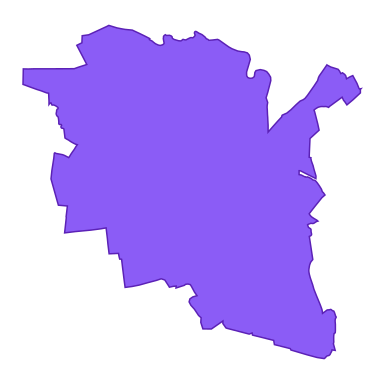 Satu Mare, Suceava, Romania (orthographic projection)
{"feature_id": "2599482B42040302746939", "entity_name": "Satu Mare", "entity_type": "district", "adm_level": 2, "iso_a3": "ROU", "parent_name": "Romania", "parent_adm1": "Suceava", "projection": "orthographic", "projection_center": [26.012, 47.829], "detail": "fine", "context": "isolated", "style": "filled", "palette": "violet", "viewbox_px": 384, "rotation_deg": 0, "n_neighbors": 0, "source": "geoboundaries", "source_scale": "gbopen_adm2", "svg_char_len": 5602}
<svg xmlns="http://www.w3.org/2000/svg" viewBox="0 0 384 384"><path d="M324.2,358.6L325.5,357.6L326.3,356.5L327.4,355.8L328.9,355.5L330.0,354.6L330.8,352.9L331.6,351.5L332.0,349.9L335.2,350.4L333.5,344.1L333.4,343.6L333.6,343.1L333.8,341.9L333.7,339.8L333.7,336.8L333.8,335.2L334.1,333.5L335.2,332.8L335.3,332.1L335.4,330.4L335.4,328.0L335.4,324.5L335.1,320.9L335.3,319.0L336.2,317.2L336.0,316.6L335.7,316.4L335.4,315.3L334.4,312.3L333.7,311.0L332.7,310.8L332.0,310.3L331.3,309.7L330.8,309.4L329.9,309.6L329.0,309.9L328.0,309.8L326.9,310.1L325.4,311.3L322.5,313.4L322.4,312.6L322.4,312.3L322.3,311.3L322.0,309.7L321.5,308.2L320.5,305.5L319.5,303.0L316.5,295.8L313.9,289.2L312.7,284.9L310.3,277.9L309.3,274.2L309.0,272.5L308.8,270.9L308.9,269.3L309.1,268.0L309.3,266.7L309.7,264.7L310.1,263.8L310.4,262.8L311.1,261.6L312.7,259.7L312.8,259.4L312.7,258.8L311.9,253.6L311.1,248.3L309.3,236.4L310.7,235.8L311.5,234.9L311.6,234.1L311.1,231.8L311.0,229.5L310.7,228.9L310.2,228.5L309.5,228.1L308.4,227.3L308.0,226.0L307.5,224.9L307.7,224.6L308.5,224.2L308.8,224.1L309.9,223.7L310.5,223.4L311.0,223.3L312.3,223.5L313.0,223.5L313.8,223.3L315.5,222.2L316.6,221.5L317.9,221.1L316.9,220.2L313.7,218.3L311.5,216.8L311.0,216.3L309.6,214.6L309.2,213.7L314.5,206.9L321.9,197.7L325.0,195.0L323.4,192.7L322.4,191.8L322.0,190.8L321.5,189.3L319.6,186.2L317.3,182.9L315.6,180.9L314.6,180.3L313.4,180.1L312.8,179.9L312.3,179.4L310.7,178.3L307.6,176.9L307.1,177.1L306.2,177.1L305.6,176.8L305.3,177.0L304.0,176.4L301.3,175.0L299.1,174.6L299.1,170.7L299.4,170.7L299.9,170.7L300.6,170.9L305.1,173.2L315.9,178.6L316.0,176.1L315.3,173.7L314.3,170.4L313.7,168.2L313.1,165.7L312.3,163.5L311.4,161.0L310.8,158.1L310.9,157.7L309.2,157.3L309.2,156.6L310.0,138.5L319.1,130.2L317.8,124.1L314.7,111.9L314.0,110.1L314.4,109.7L315.7,108.7L318.0,107.3L320.1,106.7L321.9,106.5L323.5,106.6L325.8,106.5L327.3,106.8L328.5,107.4L328.9,107.1L329.4,106.5L342.1,97.2L343.6,100.4L344.6,101.5L346.9,104.9L353.1,99.7L360.4,92.9L360.4,89.4L361.0,88.7L359.5,89.0L358.9,88.2L357.0,83.4L352.8,75.6L350.0,76.8L346.5,78.8L345.8,75.9L344.7,74.4L342.5,72.8L340.8,73.6L339.6,71.2L338.1,69.3L336.6,68.8L330.8,67.0L327.0,65.0L326.9,64.9L322.1,71.9L319.4,75.7L318.5,77.5L317.6,80.6L313.9,86.2L307.5,95.3L305.0,98.4L303.2,99.7L300.1,101.1L296.2,104.6L290.8,109.9L289.9,110.6L286.7,113.2L285.2,113.8L283.7,114.5L282.3,115.1L281.8,116.0L281.7,116.9L277.6,121.3L272.8,126.7L268.1,132.1L268.1,129.4L268.1,125.2L267.8,119.7L267.7,117.2L267.5,114.7L267.3,109.9L267.1,107.3L267.2,105.3L267.7,102.5L266.1,97.8L267.8,92.2L269.3,86.4L270.8,80.6L270.6,77.2L268.7,74.0L266.7,71.6L264.1,70.4L260.2,69.6L256.0,70.6L254.9,72.4L254.3,76.6L252.4,78.1L249.9,78.3L247.9,77.6L246.8,76.1L246.6,74.3L246.6,72.0L247.3,69.6L248.6,65.3L250.3,59.4L249.3,55.1L247.4,52.9L244.1,51.9L241.8,51.7L237.7,51.0L232.1,48.8L228.7,46.9L223.9,43.5L219.1,40.1L217.6,39.4L212.7,40.0L208.9,40.3L208.7,40.1L207.8,39.3L206.7,38.9L206.3,38.7L206.0,38.3L205.2,37.2L204.5,36.6L202.9,35.3L202.0,34.6L200.1,33.7L199.1,33.3L196.4,31.6L195.6,31.4L195.0,31.6L194.5,32.4L194.4,33.2L194.8,34.2L195.1,35.1L194.7,36.1L194.1,36.7L193.3,37.5L192.7,37.8L191.8,37.6L191.2,37.6L190.7,37.6L189.9,37.9L188.6,38.5L185.9,39.9L184.5,39.8L183.3,39.4L182.9,39.4L182.6,39.6L182.0,40.2L180.9,40.9L178.8,40.8L176.7,40.2L174.0,39.4L172.5,38.4L172.2,37.6L172.0,36.6L171.0,35.8L169.5,35.3L167.4,35.4L166.4,35.4L165.9,35.1L165.3,34.7L164.0,35.7L163.5,36.5L163.5,37.3L163.3,38.4L163.4,39.3L163.7,41.1L164.1,43.0L163.9,43.7L162.8,44.7L160.6,45.4L159.4,45.3L158.2,45.0L156.0,44.0L155.1,43.5L154.1,42.7L153.3,42.1L152.5,41.3L152.0,41.0L150.1,40.0L149.4,39.6L149.8,38.6L144.7,36.0L139.6,33.5L138.5,33.0L132.3,30.1L125.0,29.4L122.1,28.9L117.0,27.9L108.8,25.4L106.3,26.7L105.8,26.9L96.5,31.2L92.6,33.0L88.7,34.8L82.2,35.7L81.9,42.8L76.8,45.3L86.8,64.5L78.4,67.2L74.2,68.7L51.9,68.8L48.8,68.8L43.1,68.8L34.5,68.8L28.2,69.0L23.3,68.9L23.0,84.4L24.7,85.0L29.8,86.9L36.7,89.4L41.1,90.8L46.6,92.9L48.6,93.2L49.0,100.9L49.0,104.4L49.5,103.7L50.6,102.9L51.1,103.0L51.3,103.4L51.5,104.2L51.8,104.9L52.3,105.1L52.7,105.0L53.5,105.0L53.9,105.1L55.2,105.6L56.2,106.2L57.2,106.9L57.9,107.4L58.1,107.8L58.1,108.3L58.0,108.8L57.5,109.0L57.1,109.3L56.8,109.9L56.5,111.1L56.6,111.8L56.4,112.4L56.2,113.1L56.2,114.0L56.4,114.8L57.0,116.0L57.6,116.4L58.1,117.1L58.3,117.6L58.6,119.7L58.8,121.7L58.8,123.8L59.1,124.1L59.3,124.4L60.7,124.5L61.1,124.5L61.4,124.8L61.6,125.5L61.3,125.9L61.0,126.4L61.0,127.0L61.1,127.6L61.8,128.2L62.8,128.3L63.3,128.5L63.9,129.0L65.0,138.0L66.5,139.0L68.6,140.1L70.4,141.4L72.1,142.4L73.7,143.3L75.6,144.2L77.3,144.7L76.0,146.5L74.2,149.5L72.4,152.0L70.9,154.2L70.1,155.6L68.7,157.6L64.7,155.5L62.7,154.7L59.7,154.1L55.8,153.4L54.9,152.8L54.3,153.3L53.8,158.2L51.9,170.4L51.0,178.9L52.6,184.6L57.1,200.7L58.4,205.2L65.2,205.8L67.4,206.0L66.1,216.9L66.3,217.5L65.0,229.4L64.6,232.9L75.1,231.6L91.0,230.1L100.9,228.8L106.1,227.9L107.4,238.7L107.9,243.9L109.1,253.8L118.5,253.4L119.0,256.3L119.7,259.1L121.3,259.2L121.6,259.3L122.5,267.0L124.2,280.6L125.1,287.4L132.0,286.5L139.1,285.1L147.7,282.7L156.4,280.4L161.2,278.8L164.8,280.0L169.1,286.6L169.4,287.2L173.4,286.3L176.2,286.1L176.0,288.0L184.4,285.3L185.6,284.3L188.0,284.0L190.3,284.6L191.5,286.5L194.5,292.1L197.0,295.7L192.8,296.9L189.9,298.9L189.1,301.9L190.9,305.3L194.4,309.2L198.6,315.5L201.1,317.7L200.8,322.4L202.9,328.9L211.4,329.0L222.9,321.0L222.9,323.6L224.9,326.4L225.8,327.8L226.9,328.3L249.2,334.1L252.1,333.0L252.5,335.1L273.7,340.4L274.4,344.6L290.3,348.6L290.9,350.0L307.1,354.8L317.1,357.5L324.2,358.6Z" fill="#8b5cf6" stroke="#5b21b6" stroke-width="1.5"/></svg>